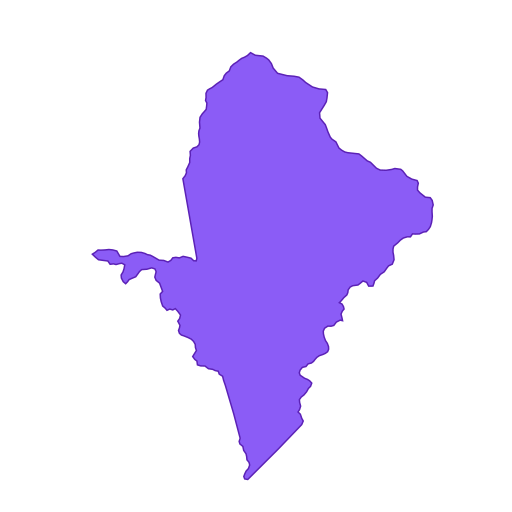 Novo Oriente, Ceará, Brazil (Albers equal-area conic projection), rotated 134°
{"feature_id": "56859067B35881063339483", "entity_name": "Novo Oriente", "entity_type": "district", "adm_level": 2, "iso_a3": "BRA", "parent_name": "Brazil", "parent_adm1": "Ceará", "projection": "albers", "projection_center": [-40.749, -5.598], "detail": "fine", "context": "isolated", "style": "filled", "palette": "violet", "viewbox_px": 512, "rotation_deg": 134, "n_neighbors": 0, "source": "geoboundaries", "source_scale": "gbopen_adm2", "svg_char_len": 3998}
<svg xmlns="http://www.w3.org/2000/svg" viewBox="0 0 512 512"><g transform="rotate(134 256 256)"><path d="M113.5,401.2L117.7,401.4L121.1,402.4L123.8,403.6L126.6,404.1L129.9,404.5L133.6,405.4L137.4,405.5L141.4,403.8L145.1,404.4L148.3,404.1L152.2,402.3L155.4,403.0L159.8,403.9L162.4,404.2L165.4,404.6L168.0,405.5L170.4,406.1L173.7,405.0L176.7,402.0L179.2,400.3L180.1,397.6L182.4,395.7L185.1,393.7L188.1,393.5L191.0,393.4L195.1,392.6L199.0,389.6L202.9,385.2L205.6,384.0L207.8,382.3L209.6,380.2L211.1,378.1L213.2,375.7L215.5,374.3L218.5,374.3L221.9,376.1L226.5,376.1L229.2,373.1L232.0,371.3L234.8,368.6L239.2,367.0L242.5,366.0L244.5,363.8L247.5,362.7L251.2,362.3L298.7,297.0L301.0,295.6L302.7,297.5L302.7,301.2L304.6,304.5L306.9,308.2L310.6,309.8L312.6,312.7L315.1,314.6L318.3,314.2L321.5,315.1L323.3,319.3L326.3,322.8L327.2,326.5L328.1,330.1L328.9,332.7L330.5,335.1L331.3,337.6L333.1,341.0L335.8,344.0L338.7,346.0L341.1,347.4L344.8,348.2L348.4,350.9L350.8,353.6L349.1,359.6L351.1,363.2L353.5,366.3L356.5,368.8L359.6,371.7L361.4,373.8L365.1,374.2L368.4,375.0L368.4,370.8L368.1,366.7L364.9,362.3L362.5,359.1L363.3,355.2L360.6,353.0L359.4,350.8L356.4,349.0L354.4,347.5L353.5,344.3L356.8,342.1L359.9,340.6L363.4,339.8L365.4,337.5L366.7,333.7L366.5,330.5L363.7,330.5L361.2,330.9L358.4,329.8L354.5,328.1L350.8,328.6L348.2,329.0L345.2,328.8L341.3,325.3L337.0,322.8L335.5,319.7L336.7,316.9L339.2,315.5L341.5,314.1L342.9,310.9L342.5,306.5L344.3,302.8L346.3,298.6L349.9,298.5L352.6,295.6L354.7,292.5L356.8,288.4L356.6,285.1L356.9,282.3L354.1,281.2L352.6,278.4L349.9,277.5L350.1,274.0L350.9,269.3L354.0,267.5L357.2,267.0L358.7,262.5L360.9,261.1L363.4,260.0L364.8,257.4L364.7,254.8L363.5,252.3L361.8,248.1L360.8,244.8L360.8,241.6L361.8,238.3L363.9,236.0L365.4,233.2L368.7,232.5L372.3,231.7L372.9,228.2L372.6,225.5L375.0,222.5L373.5,219.5L370.6,216.3L370.1,211.9L367.6,208.4L366.8,205.8L365.1,203.1L366.5,200.4L365.7,196.5L367.9,193.0L370.4,188.1L385.0,162.4L398.1,140.8L401.1,139.3L402.4,137.0L402.1,133.2L404.4,129.8L405.2,125.8L406.7,123.5L408.9,120.9L409.3,117.6L410.8,115.3L414.2,113.8L417.6,113.7L420.6,112.7L423.1,111.6L424.2,109.3L422.5,106.7L379.2,105.9L345.5,106.0L341.9,107.4L341.0,110.3L339.0,114.2L339.0,117.4L336.2,118.0L333.0,119.6L331.1,122.8L329.2,125.0L326.0,125.5L322.6,125.0L318.5,125.3L314.8,126.3L311.9,126.2L308.7,127.6L308.5,130.6L309.0,133.2L310.2,136.1L310.6,138.5L311.1,141.4L310.0,143.7L307.5,145.0L303.9,145.3L300.8,143.3L297.4,143.6L294.5,141.8L291.9,141.4L289.3,141.7L286.6,141.8L283.7,141.2L280.4,139.5L277.9,138.5L275.1,138.0L272.6,139.0L270.8,140.9L269.3,144.0L268.6,147.2L267.0,150.6L265.1,153.5L263.3,155.4L260.3,156.5L256.5,155.6L254.3,153.2L251.9,151.8L247.7,152.3L243.7,150.9L242.4,148.8L240.7,151.3L238.7,154.5L235.7,155.6L233.0,155.8L231.6,158.0L230.8,160.8L231.7,163.6L228.9,163.6L225.0,163.9L220.9,163.6L218.6,164.5L216.3,166.2L212.9,166.7L210.2,165.8L206.0,162.5L203.4,162.1L199.7,161.7L198.1,158.1L199.4,154.0L196.4,151.0L193.7,152.2L191.4,153.5L187.4,153.2L182.8,153.8L178.3,152.8L173.8,153.5L171.0,153.8L167.2,152.3L162.8,154.1L159.9,157.5L158.1,160.1L155.8,162.3L153.3,163.8L147.9,163.2L144.4,163.2L140.7,162.5L137.1,160.5L134.9,158.2L131.4,158.8L129.5,156.6L126.6,153.8L122.4,152.2L120.2,150.4L117.1,150.4L113.8,151.0L110.1,152.9L107.8,154.5L105.0,156.7L102.0,160.0L99.5,162.4L96.2,164.0L93.6,167.9L93.0,171.2L96.1,175.1L96.7,182.0L96.4,185.6L94.1,187.8L90.9,189.8L89.8,192.5L92.5,197.4L93.9,202.8L92.9,209.6L93.1,212.1L96.6,216.9L99.3,218.4L103.9,221.9L107.9,226.3L109.2,230.3L109.1,238.8L110.3,242.1L110.7,249.6L111.1,252.9L118.0,261.8L119.5,264.4L120.4,267.9L120.7,271.4L118.4,277.8L119.2,282.6L118.9,285.2L116.7,290.6L114.8,294.4L113.4,297.4L112.4,305.7L108.8,309.8L100.1,311.6L96.2,312.6L93.2,314.6L88.8,318.0L87.8,321.5L92.0,326.7L95.2,332.8L96.7,340.8L96.8,344.6L97.5,349.3L100.2,353.4L104.7,358.9L109.6,367.4L108.9,374.2L106.9,378.6L106.1,383.1L106.4,386.0L107.3,389.8L112.1,396.0L113.5,401.2Z" fill="#8b5cf6" stroke="#5b21b6" stroke-width="1.5"/></g></svg>